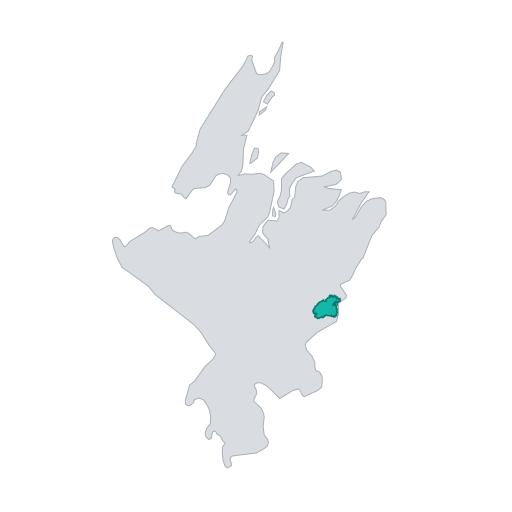 location of Chuadanga, Khulna, Bangladesh, rotated 220°
{"feature_id": "16705992B19758630986204", "entity_name": "Chuadanga", "entity_type": "district", "adm_level": 2, "iso_a3": "BGD", "parent_name": "Bangladesh", "parent_adm1": "Khulna", "projection": "orthographic", "projection_center": [88.863, 23.601], "detail": "fine", "context": "in_parent", "style": "filled", "palette": "teal", "viewbox_px": 512, "rotation_deg": 220, "n_neighbors": 0, "source": "geoboundaries", "source_scale": "gbopen_adm2", "svg_char_len": 8613}
<svg xmlns="http://www.w3.org/2000/svg" viewBox="0 0 512 512"><g transform="rotate(220 256 256)"><path d="M180.4,357.4L180.3,345.9L172.8,323.4L173.1,320.9L171.6,310.1L169.7,304.0L168.7,297.6L173.2,288.4L171.4,286.9L161.4,284.1L160.2,281.7L162.3,272.6L155.2,264.0L152.3,257.6L160.0,236.9L162.0,222.5L161.4,219.8L156.7,216.5L148.5,215.2L142.6,212.5L139.2,208.4L136.4,206.8L132.8,208.0L128.2,206.4L124.4,202.3L121.3,197.4L122.6,192.0L128.6,179.3L130.9,179.0L136.0,181.4L138.0,181.4L141.4,176.4L146.2,162.1L162.8,163.4L166.8,162.9L171.0,161.8L173.2,160.0L174.5,157.7L174.0,155.7L168.9,153.0L167.0,151.0L165.6,145.3L164.1,143.1L154.1,142.8L148.9,140.2L146.1,137.8L141.0,130.0L134.8,124.2L128.8,122.8L126.5,120.9L125.2,117.9L126.0,113.6L129.1,105.4L145.5,87.7L146.0,85.7L145.3,83.4L140.5,80.6L140.2,79.2L141.6,75.4L144.3,75.0L150.0,78.4L155.7,83.9L159.1,88.8L159.2,92.6L163.7,93.4L167.4,95.1L171.3,94.6L173.8,95.5L175.5,95.2L176.1,93.0L172.9,87.4L174.4,85.0L178.2,85.2L180.9,87.3L182.9,91.6L183.3,98.3L187.7,104.3L193.6,108.6L198.1,110.6L203.7,112.0L208.4,110.6L210.7,106.3L209.6,102.6L210.3,99.2L212.2,97.3L215.1,97.4L217.4,100.1L223.9,114.5L222.6,120.9L224.1,138.5L222.6,150.2L223.6,154.6L224.8,155.4L234.5,157.5L248.6,162.0L259.4,163.6L308.1,161.6L318.8,163.7L351.2,161.3L360.2,164.8L369.9,170.6L375.5,175.0L376.5,177.5L376.0,179.7L374.2,181.0L370.9,181.1L363.2,178.4L361.9,179.3L361.9,186.2L356.1,203.8L355.4,209.3L353.2,211.4L346.8,212.7L342.7,223.0L341.0,224.3L336.7,222.1L334.1,222.5L330.8,223.5L327.5,226.0L325.3,228.9L322.7,230.0L313.6,230.0L311.9,234.7L306.0,241.0L302.1,257.5L302.5,262.5L307.8,275.5L311.6,292.4L313.0,294.1L314.8,294.2L314.8,286.4L316.4,285.4L318.5,286.2L323.1,296.6L325.6,299.3L329.4,299.9L333.8,298.3L337.0,295.1L338.2,291.8L336.9,280.4L338.8,275.7L346.2,268.6L347.2,266.4L346.5,255.0L349.3,254.6L353.1,255.4L357.8,252.6L359.3,252.5L361.3,255.3L364.7,254.8L370.3,277.3L371.1,293.3L372.5,302.2L374.4,304.2L380.4,317.4L386.9,364.2L388.2,394.0L390.7,404.1L388.9,406.4L387.1,406.9L385.3,403.4L372.9,396.1L369.9,396.9L365.8,401.4L364.2,405.6L365.1,411.3L366.5,416.9L369.5,420.0L369.8,423.6L373.4,436.9L372.4,437.0L365.5,425.0L357.1,413.2L354.0,391.7L353.7,381.1L347.9,368.7L342.3,347.0L344.4,339.3L340.6,342.7L334.3,329.8L324.5,317.2L321.7,311.6L321.4,306.1L317.4,311.7L311.9,315.7L306.4,321.6L302.6,323.5L290.7,324.7L283.6,317.0L273.5,297.9L272.1,293.6L273.3,282.3L270.8,271.7L270.0,262.3L268.3,263.1L267.6,265.7L268.0,269.7L267.4,273.0L250.8,271.0L257.9,276.6L265.5,277.8L269.5,282.8L269.9,291.1L262.4,296.3L263.2,300.5L267.6,305.6L262.3,307.1L260.9,310.5L260.8,315.3L264.6,322.7L264.0,325.6L270.4,335.2L271.7,339.8L270.2,346.3L256.7,359.8L252.8,369.2L249.5,373.6L245.3,374.5L240.1,370.1L240.0,365.5L241.0,361.8L248.1,353.0L244.2,354.2L233.2,361.6L231.1,355.7L229.6,350.3L229.6,343.6L234.8,333.6L228.8,338.6L227.2,344.8L228.0,352.1L227.2,357.3L224.9,364.1L221.7,368.2L216.5,370.8L214.2,374.8L210.7,377.8L209.5,364.2L205.6,345.8L204.8,349.7L206.8,361.2L206.7,368.6L203.9,374.5L198.2,380.8L193.8,381.7L191.2,380.7L182.9,371.3L182.2,362.3L180.4,357.4ZM281.3,356.9L271.2,359.2L266.0,358.6L275.4,341.9L275.0,334.5L273.5,328.5L268.5,323.7L268.2,320.3L265.9,315.6L264.7,310.0L270.2,308.2L274.6,311.3L276.2,317.6L278.5,322.3L286.3,331.9L286.2,337.8L284.3,352.4L281.3,356.9ZM303.0,351.1L296.9,355.6L298.5,329.5L303.3,339.1L304.5,344.3L303.0,351.1ZM326.5,337.7L323.8,339.6L321.2,338.0L317.9,331.9L319.4,324.1L320.3,323.0L324.4,330.9L326.5,337.7ZM350.4,392.3L346.9,392.7L345.1,390.9L345.9,388.2L344.8,379.8L349.3,378.8L351.1,385.9L350.4,392.3ZM346.1,368.7L343.6,377.2L342.5,373.5L344.2,366.0L346.1,368.7ZM272.7,301.9L273.8,304.6L268.1,301.2L266.5,298.7L269.1,297.4L272.7,301.9Z" fill="#d9dde1" stroke="#a8b0b8" stroke-width="1"/><path d="M178.3,255.5L177.8,254.6L177.9,253.7L177.7,253.3L177.7,253.0L177.6,252.9L177.1,252.8L176.8,252.8L176.7,252.7L177.0,252.4L177.3,251.5L177.5,251.3L177.5,251.1L177.5,250.9L177.7,250.6L177.3,250.9L177.0,250.7L176.6,250.6L176.4,250.4L176.0,250.4L175.9,250.3L176.0,250.2L175.9,250.2L175.9,249.9L175.8,249.6L175.4,249.2L174.9,249.2L174.6,249.3L174.3,249.7L174.0,249.5L173.7,249.5L173.8,250.0L173.5,249.8L173.3,250.3L173.1,250.4L172.6,250.7L172.2,250.7L172.4,249.6L172.7,248.8L172.8,248.7L172.8,248.4L172.6,248.2L172.4,248.0L172.2,247.9L172.0,247.3L171.7,247.2L171.4,247.9L171.1,248.0L170.3,247.6L170.0,247.6L169.5,247.9L169.3,247.8L169.2,247.7L168.9,247.7L168.4,247.9L168.3,248.4L167.6,248.8L167.6,249.3L167.1,250.2L166.8,251.5L166.7,251.6L166.6,251.4L165.6,251.7L165.4,251.5L165.2,251.8L165.1,252.4L165.0,252.5L164.9,252.7L165.0,253.4L164.8,253.6L164.7,253.6L164.6,254.0L164.6,254.3L164.6,254.7L164.8,254.7L164.7,254.9L164.9,254.9L164.7,255.1L164.7,255.3L164.5,255.6L164.4,255.7L164.3,256.0L163.7,256.2L163.3,256.2L163.1,256.3L162.9,256.3L162.7,256.4L162.2,257.0L161.5,257.4L160.4,258.0L159.8,258.2L159.8,258.6L159.6,258.6L159.7,258.8L159.2,258.6L158.9,259.2L158.8,259.3L158.7,259.3L158.4,259.2L158.2,259.5L157.7,259.2L157.4,259.2L157.4,259.3L157.2,259.6L156.8,259.8L157.0,259.9L157.1,260.0L156.8,260.3L156.7,260.4L156.7,260.7L156.7,260.8L157.0,260.8L156.9,260.9L156.9,261.1L156.5,261.2L156.5,261.4L156.4,261.3L156.2,261.4L156.4,261.7L156.5,261.6L156.6,261.8L156.9,261.8L156.7,261.9L156.7,262.2L156.4,262.5L156.5,262.6L156.5,262.9L156.8,262.9L156.9,263.0L156.7,263.0L157.1,263.3L157.0,263.6L157.4,264.7L157.3,264.9L157.4,265.0L157.7,265.3L157.7,265.5L158.1,265.7L158.5,265.6L159.0,266.0L159.2,266.3L159.2,266.6L159.1,266.8L159.3,266.6L159.5,266.7L159.5,267.1L159.8,267.0L159.7,267.5L159.9,267.6L160.3,267.6L160.7,268.0L160.9,268.1L161.1,267.9L161.4,267.9L161.8,268.5L161.7,268.9L161.8,269.0L161.8,268.9L162.5,269.5L162.4,269.8L162.5,269.8L162.5,270.0L162.6,269.9L162.6,269.7L163.1,270.0L163.5,270.0L163.5,269.8L163.3,269.6L163.2,269.4L163.4,269.3L163.6,269.2L163.9,269.8L164.1,269.9L164.3,269.9L164.3,269.7L164.1,269.5L163.9,269.4L164.1,268.8L164.8,268.5L165.0,268.2L165.0,268.4L164.8,268.6L164.9,268.8L165.0,268.8L165.2,268.5L165.3,268.5L165.5,268.5L165.8,268.8L165.7,268.9L165.7,269.2L165.5,269.5L165.9,269.5L165.7,269.6L165.8,269.7L165.4,269.8L165.2,270.4L165.0,270.6L165.1,270.8L165.3,270.9L165.3,271.0L165.2,271.0L165.4,271.1L165.2,271.2L165.2,271.4L165.4,271.5L165.2,271.6L165.3,271.7L165.2,271.8L165.3,271.9L165.5,272.0L165.4,272.2L165.4,272.3L165.3,272.2L165.2,272.3L165.2,272.2L164.9,272.1L164.8,272.3L164.9,272.5L164.7,272.4L164.7,272.5L164.8,272.6L164.7,272.6L164.7,272.3L164.3,272.1L164.2,272.0L164.2,271.9L164.1,272.0L163.9,271.9L163.7,271.9L163.8,272.0L163.6,272.0L163.6,272.7L163.5,272.8L163.6,273.0L163.5,273.4L163.4,273.3L163.3,273.5L163.1,274.1L163.4,274.1L163.5,274.4L163.3,274.7L162.9,274.8L162.8,275.1L163.1,275.3L163.0,275.6L163.3,275.8L163.5,275.8L163.5,276.2L163.4,276.2L163.4,276.3L163.5,276.5L163.4,276.5L163.6,276.7L163.8,276.8L164.1,276.8L164.4,276.5L164.5,276.6L164.4,276.9L164.1,277.2L164.2,277.3L164.5,276.9L164.7,276.5L164.7,276.3L164.8,276.3L164.9,276.2L165.0,276.2L165.2,276.3L165.3,276.5L165.2,276.7L165.3,276.7L165.4,276.8L165.6,276.8L165.7,276.7L166.1,276.3L166.2,275.9L166.5,275.8L166.4,275.7L166.7,275.7L166.7,275.8L166.7,276.0L167.3,276.6L167.4,276.4L167.6,276.2L167.7,275.9L167.7,275.6L167.8,275.7L167.9,275.9L168.2,276.3L168.5,276.3L168.8,276.5L169.0,276.0L169.0,276.5L168.9,276.5L169.0,276.6L169.3,276.4L169.4,276.1L169.3,276.3L169.4,276.0L169.6,275.8L169.8,275.9L169.7,275.7L170.0,275.6L170.2,275.4L170.1,275.1L170.1,274.9L170.2,274.7L170.3,274.5L170.6,274.4L170.6,274.6L170.9,274.6L171.0,274.5L171.0,274.4L171.1,274.5L171.1,274.4L171.2,274.5L171.3,274.3L171.6,274.4L171.7,274.6L171.8,274.6L172.5,274.6L172.6,274.2L172.2,274.2L172.4,273.9L172.4,273.7L172.6,273.8L172.8,274.2L173.6,274.1L173.7,273.9L173.5,273.6L173.6,273.1L173.6,272.9L173.9,273.0L174.1,273.0L174.2,272.6L174.1,272.4L173.7,272.2L173.1,272.2L172.7,272.5L172.6,272.4L172.7,272.2L173.3,271.9L173.3,271.5L173.2,271.2L173.3,271.1L173.6,271.1L173.7,270.7L173.9,270.3L174.2,269.8L174.1,269.3L174.1,268.8L174.1,268.5L174.3,267.8L174.2,267.8L174.1,267.5L173.9,267.2L173.6,266.9L173.5,266.6L173.6,266.3L173.6,266.2L173.8,266.1L173.9,265.9L174.0,265.7L173.9,265.7L174.3,265.4L174.6,265.4L175.0,265.3L175.3,265.5L175.5,265.5L175.8,265.7L176.0,265.8L176.1,265.7L176.0,265.4L176.0,265.2L176.1,264.9L176.4,264.4L176.6,264.2L176.4,264.0L176.3,263.8L176.4,263.5L176.7,263.1L177.3,262.4L177.4,262.2L177.5,262.1L177.6,261.7L177.7,261.0L177.9,260.7L177.8,260.1L177.6,259.7L177.8,259.7L177.9,259.3L178.0,258.8L177.7,258.0L177.7,257.8L177.8,257.5L177.8,257.3L177.7,257.2L177.8,256.8L177.7,256.6L178.0,255.6L178.3,255.5Z" fill="#14b8a6" stroke="#0f766e" stroke-width="1.5"/></g></svg>